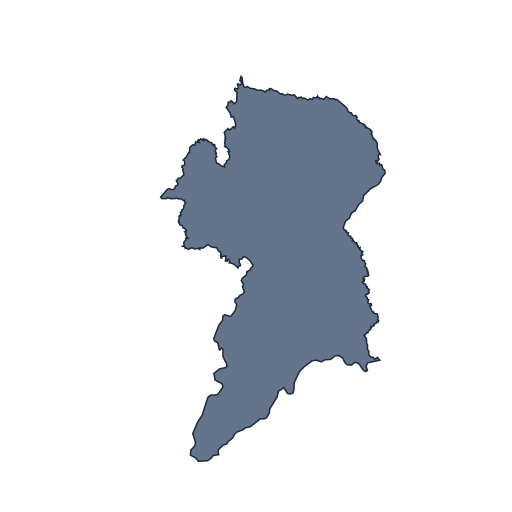 Santa Isabel do Rio Negro, Amazonas, Brazil, rotated 326°
{"feature_id": "56859067B13835224033423", "entity_name": "Santa Isabel do Rio Negro", "entity_type": "district", "adm_level": 2, "iso_a3": "BRA", "parent_name": "Brazil", "parent_adm1": "Amazonas", "projection": "robinson", "projection_center": [-65.415, -0.252], "detail": "fine", "context": "isolated", "style": "filled", "palette": "slate", "viewbox_px": 512, "rotation_deg": 326, "n_neighbors": 0, "source": "geoboundaries", "source_scale": "gbopen_adm2", "svg_char_len": 6165}
<svg xmlns="http://www.w3.org/2000/svg" viewBox="0 0 512 512"><g transform="rotate(326 256 256)"><path d="M345.6,308.7L347.1,307.3L345.6,306.8L345.5,306.0L346.5,305.0L345.9,304.2L346.6,302.6L345.9,302.0L346.8,301.1L345.4,300.3L345.5,298.3L344.3,297.3L345.3,297.0L345.9,295.5L344.7,294.5L345.6,292.6L344.2,291.2L344.1,289.6L345.6,288.6L344.2,286.8L345.0,285.8L344.0,285.2L344.4,284.2L343.5,283.2L344.6,280.9L349.8,277.2L354.5,276.9L359.4,273.7L363.1,274.1L370.1,270.7L375.0,270.1L379.1,266.1L389.0,264.3L397.2,265.0L400.9,263.9L404.4,261.1L409.3,259.7L410.8,256.5L409.8,255.5L411.2,250.5L409.3,250.0L410.3,248.1L408.0,247.3L407.6,246.1L408.4,244.3L408.8,245.0L410.2,244.8L409.7,245.6L412.2,244.6L412.4,242.6L414.2,240.7L414.8,240.4L415.7,241.4L416.7,234.7L419.6,230.4L419.8,226.5L418.9,225.3L419.5,224.4L418.8,224.2L420.0,220.1L419.6,219.5L421.4,218.3L421.7,217.2L420.9,216.5L421.7,215.5L419.6,211.3L418.6,211.0L419.5,210.2L419.4,208.2L418.7,208.2L419.2,207.3L416.3,202.9L417.1,201.3L416.2,200.8L415.9,198.4L417.4,197.6L417.4,195.3L416.0,195.0L414.8,193.1L415.1,190.5L413.8,189.4L413.2,187.2L413.9,185.0L413.5,181.6L410.6,171.4L409.2,171.1L408.9,169.5L405.0,166.8L403.4,163.0L400.0,164.1L398.1,161.7L396.6,161.3L397.1,160.4L396.2,159.2L396.5,157.7L394.2,158.6L392.2,156.6L390.5,157.7L388.5,155.6L386.3,155.7L384.1,151.8L382.5,151.4L382.5,149.8L380.0,148.4L378.5,148.6L377.9,143.8L375.4,142.7L372.5,139.3L370.8,139.4L369.3,138.3L368.5,135.9L366.9,135.6L365.3,130.4L363.6,129.5L362.1,125.7L360.7,124.7L360.0,126.0L357.8,124.6L355.2,125.3L355.3,124.5L352.5,121.0L349.9,119.4L348.1,116.4L344.7,113.5L343.8,110.8L342.2,110.7L340.6,109.2L341.6,105.3L344.2,100.5L344.0,98.8L340.7,101.5L341.5,102.0L340.1,105.3L338.5,105.3L337.4,103.1L336.6,103.3L335.6,106.3L334.1,107.4L332.7,105.3L331.8,105.4L331.0,106.7L331.8,109.6L326.3,117.2L322.8,117.5L322.8,114.8L321.9,113.2L320.4,114.0L319.0,112.9L317.3,115.1L314.4,116.1L314.5,123.1L313.1,127.0L315.1,127.9L313.5,133.9L311.9,136.7L309.7,138.3L309.5,136.1L304.6,137.0L304.1,134.6L298.7,135.8L297.5,139.7L296.3,140.6L296.7,141.8L294.7,142.6L294.4,144.2L293.1,144.7L292.5,147.0L291.2,147.6L292.7,150.2L292.8,153.4L292.6,154.3L291.1,153.8L291.4,155.3L290.4,156.1L290.2,158.6L287.6,160.9L285.2,160.7L283.3,162.2L280.6,162.6L279.7,164.6L277.6,161.9L276.5,158.2L275.2,157.2L276.8,152.8L278.3,151.5L279.0,151.8L279.7,148.7L280.6,148.7L280.9,145.8L283.4,144.9L282.9,142.2L284.0,140.9L283.7,140.1L282.3,140.5L282.6,137.5L280.1,134.1L280.6,133.3L279.6,131.3L278.2,131.3L278.2,129.5L277.3,129.4L276.9,130.4L275.7,128.0L273.8,128.4L273.5,127.4L272.0,127.9L272.2,130.0L269.7,127.6L267.3,130.0L265.8,128.4L261.9,128.9L258.8,133.0L258.2,132.5L253.6,134.9L249.3,135.7L249.8,136.8L249.1,138.9L247.3,140.7L245.2,139.9L244.2,140.9L244.4,142.8L243.3,143.8L241.7,148.2L236.9,149.2L235.0,148.0L233.4,149.0L232.2,148.7L231.6,152.4L230.5,153.4L228.2,152.9L226.6,154.5L224.0,154.7L221.5,151.4L220.3,151.1L209.8,153.8L210.0,155.7L213.9,158.3L215.2,158.0L217.8,161.2L223.4,164.4L223.7,165.5L226.0,166.7L226.7,169.1L227.9,169.8L226.8,171.4L227.3,172.8L224.1,174.0L223.4,175.5L221.7,176.4L220.3,176.3L219.4,177.7L217.8,177.5L216.4,180.5L215.4,179.6L214.2,180.0L214.0,181.4L211.2,183.6L211.6,184.6L210.7,185.0L210.4,187.7L211.8,189.3L211.3,192.0L212.2,193.1L212.5,196.0L210.5,196.0L211.1,197.2L210.1,197.7L209.3,199.9L209.5,202.8L208.7,201.9L207.6,202.0L207.5,203.1L203.6,204.4L202.2,207.3L200.7,206.9L201.9,208.5L201.6,210.0L202.4,209.9L203.7,212.9L206.4,212.9L207.9,213.8L208.9,215.8L212.2,217.3L213.0,219.2L214.0,217.9L216.3,219.8L222.5,219.7L224.0,223.4L228.1,227.4L227.7,230.6L228.5,232.5L228.0,235.4L226.9,235.7L225.9,238.1L226.4,238.6L227.4,237.3L231.1,239.2L227.8,243.1L229.4,244.2L229.9,243.1L231.5,243.4L231.0,246.1L230.0,246.5L229.7,247.3L230.5,246.6L233.3,250.8L234.4,255.8L235.8,254.6L237.2,255.4L238.3,254.6L238.6,251.7L240.3,249.3L242.4,250.6L245.4,249.5L247.3,252.3L248.4,256.7L248.3,262.2L244.3,263.4L243.7,264.3L239.6,263.9L237.3,266.4L232.4,266.7L230.1,268.0L229.7,272.6L227.6,274.0L226.3,279.4L223.9,280.1L220.3,279.6L217.9,280.5L214.8,280.0L212.8,282.3L213.0,285.3L208.5,289.4L201.9,291.8L200.3,291.0L197.2,287.1L195.1,287.2L192.1,290.7L186.5,292.6L174.6,301.0L174.2,303.2L175.7,306.9L173.2,313.0L173.4,313.8L176.0,313.0L176.4,314.8L172.4,320.8L171.1,329.7L169.8,331.3L168.3,331.5L162.7,329.2L155.4,329.8L152.7,335.9L156.5,343.0L155.2,346.2L147.2,349.3L145.4,349.0L140.8,346.1L137.3,346.1L122.4,357.8L114.7,361.1L104.3,367.8L101.5,377.0L98.7,379.3L93.3,380.5L90.3,384.5L93.2,390.0L93.4,394.0L101.3,398.6L104.7,398.7L109.2,397.5L114.0,399.9L115.4,396.6L116.9,395.5L122.9,394.4L126.7,395.5L129.3,394.3L135.0,393.8L138.7,391.6L141.8,391.3L148.1,392.8L151.0,392.5L155.9,394.4L168.1,393.4L172.2,395.8L174.2,396.0L179.4,393.5L181.8,390.5L194.7,384.7L198.9,380.7L205.4,380.7L205.3,387.7L207.4,389.7L210.0,390.3L212.6,388.2L216.8,382.4L227.3,376.2L233.8,374.8L243.7,374.3L247.4,375.8L251.0,380.3L254.8,380.5L260.1,383.5L265.5,383.0L268.8,384.8L270.8,389.0L270.1,394.0L270.7,397.1L274.0,399.8L278.0,399.5L279.6,400.3L281.1,403.3L281.1,410.3L282.1,413.0L284.4,413.2L285.7,408.8L288.9,407.0L300.4,411.6L299.9,407.9L297.1,408.0L296.3,405.3L294.8,404.3L294.3,400.7L296.2,398.3L296.3,395.5L298.5,392.5L299.2,389.6L300.6,387.8L300.4,386.9L301.4,386.3L301.2,382.0L302.5,382.5L304.8,381.3L305.7,382.3L307.9,380.8L310.1,381.0L311.2,379.1L311.8,379.9L313.1,379.2L315.0,379.8L315.8,378.5L318.9,378.9L320.0,378.0L320.6,379.0L321.7,377.9L321.3,376.6L323.1,374.9L324.2,371.9L322.0,369.9L322.1,367.9L321.3,367.2L322.1,361.5L322.6,361.0L323.8,361.6L324.7,360.7L324.7,359.7L323.4,359.3L322.5,357.1L325.0,355.3L324.1,354.1L325.0,352.8L324.3,350.1L325.7,349.3L326.5,350.1L328.2,350.0L328.9,349.0L329.5,349.5L329.7,347.9L331.2,347.2L329.9,344.1L331.1,343.8L330.5,342.3L331.1,340.7L329.5,338.6L329.7,337.0L331.2,337.7L332.7,336.3L331.8,336.2L332.7,335.2L332.1,334.6L334.3,333.6L337.5,335.4L339.2,334.5L338.8,333.1L340.0,332.3L339.8,331.2L340.5,330.6L339.9,330.0L341.1,328.3L340.4,325.4L342.5,323.8L342.6,320.7L343.2,320.4L342.1,319.4L341.9,317.0L343.3,314.3L345.2,314.8L345.4,312.1L347.0,312.3L345.6,308.7Z" fill="#64748b" stroke="#1e293b" stroke-width="1.5"/></g></svg>